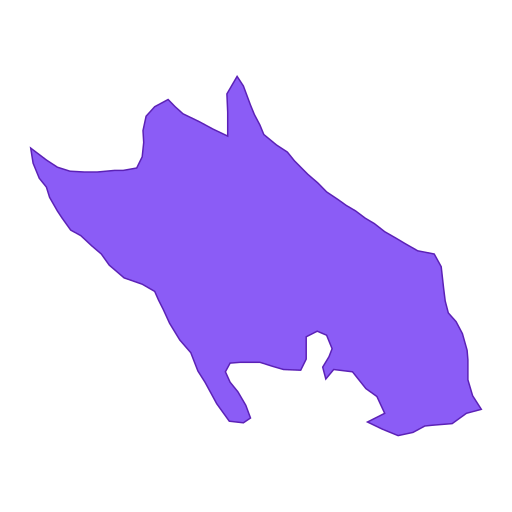 the district of Marathovounos, Cyprus
{"feature_id": "46923920B63450565530308", "entity_name": "Marathovounos", "entity_type": "district", "adm_level": 2, "iso_a3": "CYP", "parent_name": "Cyprus", "parent_adm1": "", "projection": "natural_earth1", "projection_center": [33.631, 35.217], "detail": "fine", "context": "isolated", "style": "filled", "palette": "violet", "viewbox_px": 512, "rotation_deg": 0, "n_neighbors": 0, "source": "geoboundaries", "source_scale": "gbopen_adm2", "svg_char_len": 1492}
<svg xmlns="http://www.w3.org/2000/svg" viewBox="0 0 512 512"><path d="M30.7,148.1L33.1,163.2L39.3,178.3L46.4,187.1L49.6,197.4L57.4,211.0L62.1,218.1L70.7,230.1L80.9,235.7L91.9,246.0L101.3,254.0L109.2,265.1L124.1,277.9L142.2,284.2L154.7,291.4L158.6,300.2L163.4,309.7L169.6,323.3L179.8,340.0L190.8,352.7L197.9,371.0L205.0,382.2L212.8,396.5L216.7,403.7L229.3,421.2L243.4,422.8L250.5,418.0L245.8,405.3L237.9,391.8L230.1,382.2L225.4,371.8L230.1,363.1L240.3,362.3L251.3,362.3L259.9,362.3L272.5,366.3L283.5,369.5L300.7,370.2L306.2,359.1L306.2,349.5L306.2,336.8L317.2,331.2L326.6,335.2L332.1,348.7L329.0,356.7L322.7,367.1L325.8,379.0L333.7,369.5L352.5,371.8L365.9,388.6L376.9,396.5L384.7,413.3L367.5,422.0L382.4,429.2L398.1,435.6L413.0,432.4L424.8,426.0L432.6,425.2L452.2,423.6L466.4,413.3L481.3,409.3L472.6,395.7L467.9,379.8L467.9,359.9L467.1,350.3L462.4,333.6L456.1,321.7L448.3,312.9L445.2,301.0L443.6,288.2L441.2,266.7L434.2,254.0L417.7,250.8L405.1,243.6L395.7,238.0L384.7,231.7L374.5,223.7L365.1,218.1L355.7,211.0L346.2,205.4L338.4,199.8L326.6,191.9L318.0,183.1L307.8,174.3L294.4,160.8L287.4,152.1L276.4,144.9L263.8,134.5L259.9,125.0L254.4,114.6L250.5,105.1L243.4,86.0L237.1,76.4L226.9,93.9L227.7,112.3L227.7,136.1L212.8,129.0L199.5,121.8L183.0,113.8L175.1,106.7L168.1,99.5L154.7,106.7L146.1,116.2L143.0,130.6L143.7,142.5L142.2,156.8L136.7,168.0L123.3,170.4L114.7,170.4L97.4,172.0L84.1,172.0L70.0,171.2L57.4,167.2L46.4,160.0L30.7,148.1Z" fill="#8b5cf6" stroke="#5b21b6" stroke-width="1.5"/></svg>